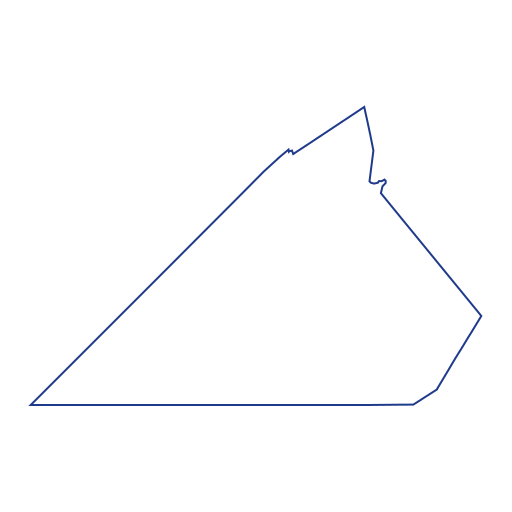 the district of Ad Dabbah, Northern, Sudan
{"feature_id": "16777658B45906237385518", "entity_name": "Ad Dabbah", "entity_type": "district", "adm_level": 2, "iso_a3": "SDN", "parent_name": "Sudan", "parent_adm1": "Northern", "projection": "natural_earth1", "projection_center": [31.506, 17.537], "detail": "fine", "context": "isolated", "style": "outline", "palette": "blue", "viewbox_px": 512, "rotation_deg": 0, "n_neighbors": 0, "source": "geoboundaries", "source_scale": "gbopen_adm2", "svg_char_len": 1133}
<svg xmlns="http://www.w3.org/2000/svg" viewBox="0 0 512 512"><path d="M481.3,316.0L478.9,313.0L419.5,240.4L402.3,219.4L380.9,193.2L382.5,186.3L385.6,183.1L385.7,180.9L384.5,179.6L383.3,180.3L381.7,181.1L378.9,181.1L377.9,182.7L374.1,183.6L370.8,182.7L369.5,181.3L373.4,150.6L370.3,135.0L367.3,120.9L364.2,107.0L308.0,144.3L293.2,154.0L292.0,150.6L289.4,151.2L288.9,151.7L288.5,149.6L279.9,156.8L263.9,171.4L242.4,193.1L163.2,272.5L126.6,309.1L31.9,403.8L30.7,405.0L118.6,405.0L148.3,405.0L210.5,405.0L251.0,405.0L315.8,405.0L325.3,405.0L335.7,405.0L367.9,405.0L378.5,404.9L398.2,404.7L413.4,404.6L413.5,404.5L417.3,402.1L424.4,397.5L436.4,389.8L436.9,389.5L436.9,389.4L437.2,388.9L437.5,388.3L437.6,388.1L437.7,387.8L437.8,387.8L437.9,387.5L438.6,386.4L438.8,386.1L439.8,384.4L441.6,381.4L443.1,378.9L444.8,376.1L444.9,375.8L446.4,373.4L449.9,367.5L453.6,361.2L454.5,359.8L455.3,358.3L455.6,357.9L455.8,357.6L456.1,357.1L459.8,351.1L460.6,349.9L465.6,341.7L466.8,339.7L468.8,336.4L469.2,335.8L469.6,335.2L469.7,334.9L469.8,334.8L469.9,334.7L472.6,330.3L474.8,326.7L481.3,316.0Z" fill="none" stroke="#1e3a8a" stroke-width="2"/></svg>